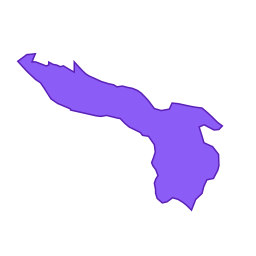 Mesogi, Paphos, Cyprus (Natural Earth projection), rotated 77°
{"feature_id": "46923920B58630451214078", "entity_name": "Mesogi", "entity_type": "district", "adm_level": 2, "iso_a3": "CYP", "parent_name": "Cyprus", "parent_adm1": "Paphos", "projection": "natural_earth1", "projection_center": [32.455, 34.811], "detail": "fine", "context": "isolated", "style": "filled", "palette": "violet", "viewbox_px": 256, "rotation_deg": 77, "n_neighbors": 0, "source": "geoboundaries", "source_scale": "gbopen_adm2", "svg_char_len": 1285}
<svg xmlns="http://www.w3.org/2000/svg" viewBox="0 0 256 256"><g transform="rotate(77 128 128)"><path d="M97.6,179.9L109.1,156.0L110.6,151.7L110.9,146.1L115.7,136.6L117.1,133.4L122.6,130.1L127.4,126.5L135.2,116.9L138.4,115.5L140.7,109.9L150.1,106.1L157.5,106.8L162.3,109.6L167.1,112.8L170.5,112.2L174.9,110.3L181.1,109.5L184.0,112.4L187.6,114.7L194.0,115.0L197.8,115.8L203.2,115.4L208.7,111.4L208.7,106.6L206.0,100.2L208.8,95.3L212.9,91.1L216.5,88.3L220.1,86.0L222.3,84.6L212.9,78.2L208.4,70.6L202.0,67.3L196.2,62.8L196.4,56.1L189.4,50.1L185.2,47.9L174.1,45.7L165.2,49.8L159.5,57.3L150.1,57.9L143.0,58.5L142.0,53.1L149.3,44.6L149.9,39.8L147.2,35.6L142.4,39.7L136.4,43.4L130.7,47.3L125.2,51.4L122.6,58.4L120.8,62.5L115.7,73.4L113.6,79.4L118.9,83.5L118.5,91.6L115.0,98.0L105.3,102.3L97.2,107.1L93.6,110.3L90.4,114.7L88.2,119.6L85.9,124.0L85.4,129.5L82.6,132.4L80.6,136.8L76.8,143.4L68.4,154.4L65.5,157.2L60.7,160.3L51.5,165.5L61.5,167.8L58.5,171.2L52.9,177.0L53.1,180.1L50.7,183.2L49.1,186.8L46.0,190.4L48.7,191.0L49.2,193.6L47.3,196.5L44.2,201.0L42.8,203.2L42.0,206.6L39.0,204.6L34.8,201.6L34.2,207.0L33.7,210.0L38.2,220.4L45.0,216.6L50.4,213.5L60.0,207.1L64.2,203.1L70.1,200.8L82.3,196.5L88.3,191.0L96.4,179.8L97.6,179.9Z" fill="#8b5cf6" stroke="#5b21b6" stroke-width="1.5"/></g></svg>